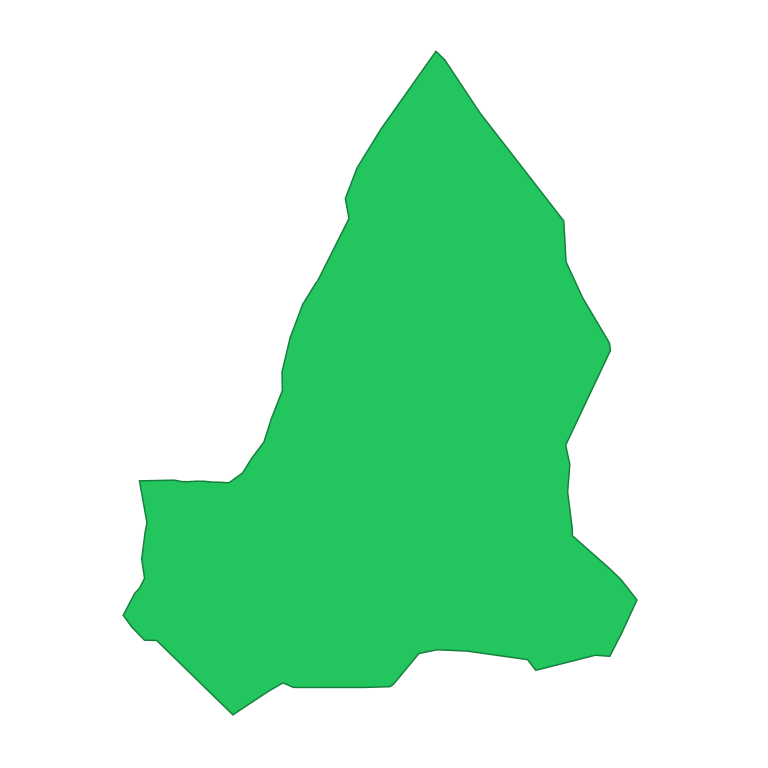 the district of Gokana, Rivers, Nigeria, rotated 181°
{"feature_id": "59680162B60219664923389", "entity_name": "Gokana", "entity_type": "district", "adm_level": 2, "iso_a3": "NGA", "parent_name": "Nigeria", "parent_adm1": "Rivers", "projection": "natural_earth1", "projection_center": [7.302, 4.635], "detail": "fine", "context": "isolated", "style": "filled", "palette": "green", "viewbox_px": 768, "rotation_deg": 181, "n_neighbors": 0, "source": "geoboundaries", "source_scale": "gbopen_adm2", "svg_char_len": 989}
<svg xmlns="http://www.w3.org/2000/svg" viewBox="0 0 768 768"><g transform="rotate(181 384 384)"><path d="M425.9,568.7L421.9,548.9L452.4,485.4L453.9,483.7L466.6,462.4L478.6,428.8L486.2,394.2L485.5,375.7L495.7,348.3L503.1,323.8L514.8,307.7L523.9,292.5L537.3,282.5L546.9,282.9L554.8,282.9L561.7,283.6L569.1,283.6L577.7,282.9L584.5,282.9L591.9,284.2L626.8,282.9L618.6,241.2L620.3,231.3L623.2,204.7L620.0,185.6L624.9,175.5L629.5,170.5L640.7,148.2L631.8,136.4L619.0,123.7L606.6,123.6L606.0,122.8L529.2,50.5L523.4,54.7L494.1,74.8L479.8,83.4L469.4,79.1L463.5,79.1L397.5,80.3L373.8,81.4L372.3,81.7L369.5,83.7L344.3,115.2L326.2,119.2L296.3,118.4L235.6,110.9L227.3,100.4L167.9,116.5L153.5,115.7L142.0,139.1L127.3,172.5L143.2,192.1L154.9,203.1L192.9,235.5L193.3,243.1L198.5,279.4L196.8,306.9L201.3,326.0L158.2,421.4L159.3,428.9L186.9,473.7L204.1,509.3L207.1,550.1L292.7,656.6L329.1,709.4L337.9,717.5L391.2,639.3L414.7,599.6L425.9,568.7Z" fill="#22c55e" stroke="#15803d" stroke-width="1.5"/></g></svg>